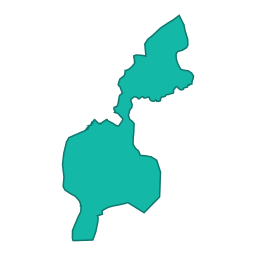 Ngaski, Kebbi, Nigeria
{"feature_id": "59680162B87284296025200", "entity_name": "Ngaski", "entity_type": "district", "adm_level": 2, "iso_a3": "NGA", "parent_name": "Nigeria", "parent_adm1": "Kebbi", "projection": "robinson", "projection_center": [4.799, 10.576], "detail": "fine", "context": "isolated", "style": "filled", "palette": "teal", "viewbox_px": 256, "rotation_deg": 0, "n_neighbors": 0, "source": "geoboundaries", "source_scale": "gbopen_adm2", "svg_char_len": 4191}
<svg xmlns="http://www.w3.org/2000/svg" viewBox="0 0 256 256"><path d="M134.7,55.5L134.1,55.7L133.8,55.8L133.8,56.1L133.9,56.5L133.9,56.8L133.9,57.1L133.9,57.5L134.0,58.1L134.2,58.7L134.3,59.1L134.5,60.0L134.6,60.4L134.5,60.7L134.4,61.0L134.3,61.3L134.5,61.7L134.7,61.9L134.8,62.1L134.7,62.3L134.7,62.7L134.6,63.3L131.5,67.1L128.1,69.8L127.7,69.9L127.3,69.8L125.9,70.7L125.5,70.7L125.2,70.5L124.9,73.5L124.3,75.6L119.9,79.0L118.2,84.3L118.3,84.9L118.5,85.3L120.1,86.9L122.3,93.2L119.6,95.4L118.8,99.0L118.4,101.6L118.3,102.4L118.1,103.1L118.0,103.6L117.9,104.1L117.8,104.6L117.6,105.2L117.4,105.5L117.2,106.0L116.9,106.3L116.6,106.4L116.3,106.4L116.2,106.6L116.2,106.9L115.9,106.9L115.3,106.9L114.9,107.0L114.7,107.1L114.2,107.3L114.1,107.6L114.0,107.8L113.9,108.3L113.9,109.0L114.0,109.5L114.2,109.8L114.4,110.1L114.6,110.5L114.8,110.8L114.9,111.1L115.1,111.3L115.1,111.6L114.9,111.9L114.7,112.2L114.5,112.4L115.2,112.7L116.5,113.0L117.6,113.1L120.7,116.5L122.8,118.8L122.5,120.0L122.0,121.2L121.1,122.4L118.8,125.8L117.8,126.2L117.4,125.9L116.7,125.8L112.4,123.1L109.1,121.4L108.7,121.2L106.9,120.2L107.1,119.6L106.9,119.5L106.2,119.6L105.9,120.0L105.1,120.5L104.3,121.0L103.5,121.5L102.9,121.9L102.3,122.6L102.1,122.7L101.5,123.0L100.8,123.8L100.6,123.4L100.3,123.2L99.8,123.5L99.2,123.5L98.7,123.6L96.3,121.3L94.7,119.6L93.8,120.2L93.0,121.5L92.9,122.1L92.6,122.2L92.6,122.4L92.7,122.9L92.4,122.9L92.1,122.6L91.9,122.2L91.7,122.4L91.7,122.5L92.0,123.4L91.8,123.5L91.6,123.4L91.3,123.6L91.2,123.9L91.4,125.0L91.2,125.1L90.9,124.6L89.8,125.6L89.1,125.5L88.7,125.7L88.2,125.9L88.5,126.0L89.0,126.1L89.1,126.4L88.7,127.2L88.3,127.8L88.0,127.7L88.0,128.0L87.8,129.3L87.7,129.3L87.4,129.4L87.2,127.9L87.0,128.0L86.6,128.8L86.3,129.0L86.3,129.4L86.2,129.5L84.5,130.9L83.0,131.5L75.6,134.7L68.9,137.7L66.5,141.9L66.5,142.0L63.8,153.2L62.6,164.2L62.5,164.6L63.4,171.9L64.0,177.1L63.4,183.7L63.2,186.6L64.9,190.0L68.9,192.6L70.6,193.7L75.5,196.4L79.3,200.9L80.5,203.6L80.5,205.8L80.5,206.1L81.1,206.1L80.8,211.6L80.7,211.8L78.0,217.3L77.6,218.2L72.5,230.5L72.4,237.3L72.4,238.0L72.8,239.8L73.0,240.5L74.6,240.6L92.7,240.0L92.8,240.0L95.8,231.7L97.9,221.4L98.1,217.3L97.4,216.0L97.3,215.8L102.2,214.3L102.4,214.2L102.0,211.0L102.0,210.8L103.6,209.8L105.1,209.0L107.8,207.5L110.0,206.8L112.5,206.1L114.4,205.6L115.9,205.5L117.9,205.0L118.9,204.8L120.1,204.6L121.4,204.3L123.3,203.8L124.6,203.6L127.9,202.6L144.1,212.7L159.6,196.9L160.5,172.1L156.7,160.3L151.3,156.9L148.2,156.3L145.0,155.7L140.3,155.4L138.6,151.0L136.1,148.9L134.7,147.1L133.1,144.3L133.1,140.7L133.2,139.0L133.3,137.0L133.8,132.0L133.9,128.7L134.1,123.5L132.2,121.3L129.6,119.2L128.4,115.4L129.8,110.0L129.8,109.9L131.3,108.1L131.6,107.8L131.7,107.7L132.2,104.7L130.7,100.3L131.1,99.4L131.2,99.2L131.9,98.5L133.1,97.6L133.9,97.0L134.6,96.7L136.8,97.3L137.6,97.8L138.3,98.8L138.8,98.8L139.5,98.7L139.9,98.2L140.7,97.5L141.5,97.1L142.2,96.7L143.0,96.8L143.8,97.8L144.5,98.1L146.1,97.7L147.8,97.2L148.7,97.1L149.3,97.5L149.6,98.6L150.1,99.8L151.7,101.0L152.9,101.1L154.3,101.2L155.2,100.5L155.7,99.9L156.3,100.1L156.8,101.3L158.7,101.3L159.8,101.0L160.3,100.7L160.5,100.4L160.6,100.1L160.5,99.0L160.8,98.2L161.2,97.6L161.5,97.2L162.0,96.9L163.6,96.9L165.3,96.2L165.8,95.4L166.5,94.6L168.1,94.6L169.8,94.0L171.4,93.4L172.6,93.5L173.2,93.0L173.3,93.0L173.5,92.3L173.6,91.5L173.4,90.6L173.5,90.0L173.6,89.8L173.7,89.6L174.5,89.0L175.0,88.1L175.8,87.1L176.4,86.7L177.0,86.9L177.8,87.4L178.4,88.2L179.0,88.8L180.0,89.4L180.5,89.7L180.8,89.9L182.3,89.7L183.5,89.2L183.9,88.2L184.0,88.1L184.3,87.7L184.6,87.5L186.5,87.4L187.1,87.2L187.4,86.9L187.5,86.9L188.1,85.3L188.2,85.1L188.3,84.9L188.4,84.7L188.6,84.7L188.9,85.0L189.1,85.2L189.5,85.0L189.6,84.9L190.0,84.4L190.5,84.1L191.7,84.1L191.8,84.1L192.1,81.5L193.1,78.4L193.5,76.0L191.6,73.0L188.2,70.8L183.0,70.1L180.6,69.1L178.0,64.1L176.8,60.9L176.2,58.0L176.1,53.7L178.0,51.4L182.2,50.3L186.5,47.7L187.8,45.2L187.9,44.9L187.9,44.1L187.7,39.4L184.9,30.1L183.9,24.7L182.2,21.5L180.4,17.8L179.2,15.4L173.1,20.0L168.2,22.9L160.4,28.1L152.9,35.2L147.7,39.4L145.5,42.9L144.8,43.9L145.9,56.1L145.6,56.0L141.5,55.3L136.3,55.0L134.7,55.5Z" fill="#14b8a6" stroke="#0f766e" stroke-width="1.5"/></svg>